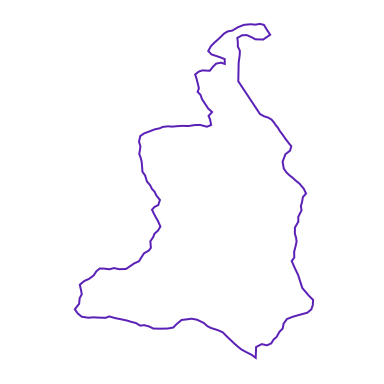 the district of Cariacica, Espírito Santo, Brazil, rotated 89°
{"feature_id": "56859067B75199105050238", "entity_name": "Cariacica", "entity_type": "district", "adm_level": 2, "iso_a3": "BRA", "parent_name": "Brazil", "parent_adm1": "Espírito Santo", "projection": "orthographic", "projection_center": [-40.463, -20.308], "detail": "fine", "context": "isolated", "style": "outline", "palette": "violet", "viewbox_px": 384, "rotation_deg": 89, "n_neighbors": 0, "source": "geoboundaries", "source_scale": "gbopen_adm2", "svg_char_len": 2620}
<svg xmlns="http://www.w3.org/2000/svg" viewBox="0 0 384 384"><g transform="rotate(89 192 192)"><path d="M358.9,131.2L348.1,130.6L345.3,124.9L346.6,119.8L344.8,115.5L340.7,112.8L338.5,110.0L333.3,107.0L330.1,103.7L325.2,102.7L320.6,99.2L318.3,92.8L316.9,87.4L314.7,78.8L311.5,74.8L307.2,73.2L302.0,72.8L297.7,77.0L289.9,83.4L284.3,85.1L276.9,87.3L271.7,89.7L267.2,91.7L262.7,93.5L259.3,90.9L253.4,90.9L248.5,89.5L243.5,88.3L239.8,88.7L235.2,89.9L229.3,89.7L223.5,86.2L218.7,86.2L215.3,84.4L212.1,82.8L208.1,83.4L204.1,82.2L199.0,81.2L195.5,78.0L190.7,80.2L185.5,84.4L182.5,88.0L179.2,91.5L177.0,94.3L174.1,97.2L170.2,99.8L163.4,100.9L155.8,97.9L152.4,93.3L148.0,91.9L145.2,94.1L140.8,97.4L136.3,100.4L132.6,103.1L129.4,104.9L126.6,107.1L123.7,109.0L120.9,111.3L118.8,114.8L117.7,118.4L115.2,122.7L82.1,143.8L69.0,143.3L63.6,143.1L55.8,141.9L51.6,141.7L47.4,143.6L42.5,143.6L38.7,144.0L36.1,139.0L36.1,134.4L38.5,129.3L40.4,126.1L40.6,122.3L40.8,118.1L36.1,111.1L30.8,114.5L26.1,117.2L25.1,121.3L25.8,125.5L25.3,130.7L25.8,137.2L28.1,143.3L31.3,148.8L32.1,153.6L34.2,157.2L38.1,161.3L40.8,164.3L43.1,167.1L46.5,170.5L51.3,173.3L54.8,170.1L56.1,166.3L58.0,161.0L59.7,157.0L64.5,157.0L63.2,160.8L64.1,165.7L67.2,168.9L71.1,172.1L70.6,179.3L71.6,182.9L74.5,186.8L78.7,185.5L83.4,184.4L88.4,183.3L92.0,184.6L95.0,181.8L99.5,180.3L104.5,177.1L108.8,174.4L112.4,170.5L116.2,174.1L119.8,172.7L125.3,171.7L127.0,175.9L125.1,182.6L125.1,187.9L126.0,194.5L125.7,200.3L125.9,205.6L126.3,210.7L125.9,214.9L126.4,220.0L127.8,223.4L128.6,227.8L130.8,233.9L132.5,238.7L135.2,242.8L140.9,244.1L145.4,242.8L149.6,243.4L153.0,244.1L157.3,242.6L160.9,241.8L165.1,241.5L170.9,241.2L174.6,238.6L180.6,236.9L184.6,233.7L188.2,232.0L191.2,229.3L194.7,227.8L199.4,224.2L204.5,226.0L206.3,229.8L209.0,232.3L213.4,230.3L220.8,226.4L226.0,224.2L229.9,226.6L233.1,230.3L236.5,231.6L240.5,234.5L247.1,234.1L249.9,236.3L252.4,241.0L256.9,244.0L260.3,246.2L262.4,251.1L265.3,255.5L267.8,259.3L267.9,266.2L266.7,271.3L267.8,275.9L267.1,280.9L266.9,285.6L269.6,289.0L273.6,291.7L277.1,296.5L279.0,301.1L282.7,305.8L288.0,304.7L292.3,304.0L296.3,306.2L301.8,306.8L307.2,311.2L311.4,308.4L314.8,304.4L315.9,297.8L315.6,292.7L316.0,286.8L316.3,280.6L315.0,276.8L316.7,271.2L318.1,264.8L319.4,259.2L320.7,255.3L322.1,250.2L324.7,246.2L324.3,242.1L325.7,237.3L327.9,232.9L328.1,225.8L328.1,218.8L327.2,213.1L324.0,209.9L319.8,204.7L318.7,194.5L319.8,189.1L323.1,182.6L326.5,178.8L328.3,175.4L330.6,168.5L332.9,163.6L336.5,160.2L342.0,154.6L344.6,152.0L350.0,145.8L352.6,141.4L355.9,135.1L358.9,131.2Z" fill="none" stroke="#5b21b6" stroke-width="2"/></g></svg>